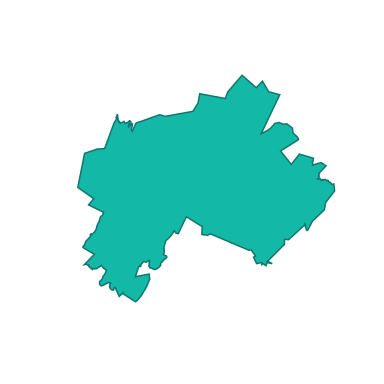 Nazas, Durango, Mexico, rotated 226°
{"feature_id": "50627088B88320866521815", "entity_name": "Nazas", "entity_type": "district", "adm_level": 2, "iso_a3": "MEX", "parent_name": "Mexico", "parent_adm1": "Durango", "projection": "robinson", "projection_center": [-104.102, 25.271], "detail": "fine", "context": "isolated", "style": "filled", "palette": "teal", "viewbox_px": 384, "rotation_deg": 226, "n_neighbors": 0, "source": "geoboundaries", "source_scale": "gbopen_adm2", "svg_char_len": 5641}
<svg xmlns="http://www.w3.org/2000/svg" viewBox="0 0 384 384"><g transform="rotate(226 192 192)"><path d="M299.8,192.4L298.2,189.0L297.0,188.7L295.9,184.1L283.9,159.2L288.6,153.9L294.4,141.6L274.7,113.1L270.6,113.8L255.5,116.7L254.6,108.6L238.8,114.3L238.7,113.8L237.7,111.9L237.4,111.2L237.4,110.8L237.6,110.4L237.7,109.9L237.7,109.2L237.5,108.4L235.3,104.6L235.1,104.0L234.8,102.8L234.6,102.4L234.5,102.0L234.2,101.4L233.7,100.3L233.2,99.3L232.8,98.9L231.9,97.5L231.0,94.6L231.0,93.6L230.9,93.0L231.0,91.9L231.0,91.4L231.1,91.2L231.5,90.9L231.7,90.4L232.1,89.9L232.2,89.7L232.1,89.4L231.6,88.9L231.3,89.1L231.0,89.1L230.9,89.0L230.6,88.7L230.5,87.6L230.5,85.9L230.6,85.4L230.4,85.0L230.4,84.2L230.3,81.3L229.8,80.3L229.7,80.0L229.0,78.9L228.7,77.9L228.3,77.3L228.3,77.0L228.4,76.8L228.7,76.4L227.8,75.0L220.6,76.9L215.0,78.7L214.5,64.1L213.4,65.9L213.0,66.0L211.9,66.1L211.2,66.8L211.1,67.0L210.7,67.0L210.5,66.6L210.5,66.2L210.2,66.1L208.8,66.2L208.4,66.3L208.1,66.5L207.8,66.6L207.6,66.4L207.1,66.4L206.9,66.2L206.7,66.3L206.8,66.6L206.7,66.6L206.4,66.6L206.1,66.5L205.7,66.6L205.4,66.5L205.4,67.2L205.4,67.8L204.8,68.5L204.6,68.5L204.3,68.8L204.1,69.4L204.0,69.5L203.5,69.5L203.1,70.1L202.8,72.7L202.6,73.0L202.4,73.8L202.3,74.1L202.3,75.3L202.1,75.8L201.5,75.6L201.0,75.7L200.3,75.6L199.9,75.5L199.2,75.6L198.6,75.3L197.9,75.8L197.3,75.7L196.8,75.9L196.3,75.9L195.9,76.1L195.6,76.2L195.2,75.9L195.1,75.5L194.4,74.5L194.0,73.7L193.3,71.2L193.1,70.0L193.2,69.8L193.0,69.0L191.9,67.0L191.8,66.8L191.8,66.6L191.7,66.3L191.8,64.8L191.8,63.9L191.6,63.5L191.6,63.1L190.2,61.9L190.0,61.5L189.9,61.4L189.6,61.4L188.6,61.4L188.2,61.3L187.7,61.4L187.3,61.7L187.2,62.0L187.0,62.7L186.9,63.0L186.5,63.6L186.2,64.2L186.0,65.3L185.7,66.2L185.6,66.8L185.1,68.6L184.6,69.2L184.4,69.2L184.3,69.3L184.0,69.4L183.9,69.6L183.3,70.3L183.1,70.3L182.9,70.2L182.8,69.8L182.6,68.8L182.4,68.5L181.9,68.2L181.6,67.8L181.5,67.3L181.5,67.2L181.2,66.9L180.2,66.4L177.9,66.2L177.1,66.4L176.8,66.8L176.2,67.0L176.0,67.3L176.0,67.7L177.1,69.0L177.2,69.4L176.9,70.4L167.4,67.1L167.4,72.1L167.0,71.6L152.3,75.1L152.0,76.7L152.0,78.2L152.8,84.0L155.3,93.3L158.8,101.3L159.9,101.9L162.7,104.2L170.4,92.4L174.9,101.0L175.1,101.4L175.2,102.3L175.4,102.8L175.0,102.8L174.7,103.1L174.3,103.1L174.2,103.3L174.7,103.5L174.7,104.0L174.8,104.4L175.3,105.3L175.3,105.5L175.4,106.2L175.3,107.1L175.7,108.4L175.5,109.0L173.2,110.4L173.0,112.3L172.9,113.4L172.1,113.8L171.9,113.8L171.5,112.7L170.8,112.1L170.4,111.5L169.9,111.2L169.6,110.8L169.3,110.2L169.0,109.9L168.7,109.5L167.5,109.2L166.4,109.1L166.1,109.4L166.0,109.7L165.3,110.3L164.7,110.1L163.9,110.5L163.3,110.6L163.0,110.6L162.5,111.0L162.2,111.5L161.9,111.7L161.8,112.1L161.5,112.3L161.3,113.6L161.0,114.0L160.8,115.9L160.9,116.4L160.8,117.0L160.9,118.0L161.1,118.5L161.4,118.9L161.8,119.1L162.2,119.5L162.5,119.7L162.6,120.1L162.6,120.7L162.3,121.7L162.6,122.9L162.6,123.7L162.6,124.7L162.8,125.1L162.4,127.7L162.4,128.4L162.6,128.6L163.7,129.2L164.1,129.1L165.0,128.5L166.7,127.9L167.9,130.1L169.1,131.4L169.9,131.8L170.4,132.5L171.1,133.0L171.6,133.2L175.1,139.2L175.0,143.7L175.3,147.8L176.5,152.3L173.6,151.9L171.6,153.2L178.1,170.7L161.3,175.0L160.7,175.6L159.6,174.8L154.6,169.6L153.1,170.6L151.7,172.1L149.8,173.2L150.0,173.9L149.2,176.1L110.5,192.5L109.4,194.3L101.8,193.2L102.4,191.0L95.6,188.7L92.8,193.2L91.2,191.8L91.2,192.0L91.1,192.3L90.9,193.0L90.9,193.3L90.8,193.5L90.7,193.6L89.2,193.6L88.9,193.7L88.5,193.9L87.6,194.0L88.2,195.4L89.1,196.9L84.7,200.0L89.1,198.5L89.7,198.1L90.1,222.0L93.7,225.8L90.6,228.3L90.0,250.7L90.4,251.0L90.0,251.0L89.5,250.7L89.1,250.4L88.8,249.9L88.1,249.3L86.8,248.8L85.4,248.1L84.4,248.0L84.2,248.9L87.4,258.6L87.2,274.8L91.6,280.8L93.7,295.3L99.3,299.6L99.7,298.8L99.9,298.6L100.3,297.8L100.4,297.7L100.8,297.9L101.7,298.1L102.7,297.9L103.2,298.1L103.7,297.7L104.1,297.6L104.7,297.6L105.6,298.0L106.2,297.6L106.1,297.4L106.3,297.3L106.2,297.0L106.8,296.6L107.0,296.7L107.4,296.7L107.8,296.7L108.3,296.4L108.7,296.4L109.0,296.0L109.1,295.8L109.5,294.9L110.0,294.9L110.3,294.7L110.4,294.4L110.2,294.1L109.9,294.1L109.8,293.8L109.9,293.6L109.9,293.3L110.5,293.1L111.2,293.3L112.1,293.2L112.5,293.4L112.7,292.9L112.9,292.9L113.1,292.7L113.1,292.4L113.3,291.9L113.5,291.8L114.2,291.5L114.0,292.5L114.2,292.9L114.1,293.0L114.2,293.4L115.2,294.7L115.4,294.7L115.6,294.4L116.4,295.4L116.4,295.5L116.9,296.0L116.9,296.3L117.2,296.5L117.7,306.6L123.4,305.3L124.1,304.2L127.5,297.4L128.1,298.2L128.6,298.7L130.2,299.4L130.1,300.5L131.9,302.8L144.6,295.6L142.9,282.6L160.0,284.2L155.7,305.0L157.9,306.0L164.3,305.7L168.2,308.6L175.1,307.6L177.5,304.8L181.6,302.8L183.7,299.3L183.3,293.2L183.8,289.1L185.9,282.3L201.0,322.7L210.9,316.8L222.8,319.7L222.4,310.6L241.2,309.1L239.2,287.4L236.1,280.9L257.3,265.8L251.8,258.1L249.4,248.7L265.0,225.3L270.1,222.4L277.8,205.2L280.5,199.7L277.2,191.2L278.7,191.6L279.7,192.5L280.2,193.5L280.3,193.9L280.7,194.3L282.2,196.5L283.5,196.2L283.3,194.8L283.0,194.4L282.9,194.0L283.1,192.5L282.9,191.7L283.4,191.7L283.7,192.0L283.8,192.5L283.7,193.0L283.8,193.3L284.2,193.5L284.5,193.9L284.8,194.6L285.1,195.8L285.3,196.9L286.4,196.8L286.6,196.4L286.8,195.8L286.6,195.1L286.7,194.7L286.8,194.7L286.9,193.8L287.1,193.6L287.2,192.6L287.4,192.4L287.4,191.9L287.5,191.8L288.7,191.7L290.1,192.1L290.5,190.0L291.0,189.2L291.2,188.8L291.4,188.4L291.6,188.4L291.7,188.7L291.8,188.7L292.4,188.5L292.4,188.2L292.6,188.3L292.7,188.5L292.8,188.6L293.1,188.6L293.3,188.5L293.5,188.5L294.0,188.7L293.9,188.5L294.1,188.6L294.3,188.6L294.4,188.3L294.5,188.3L294.5,188.6L295.0,188.7L295.0,188.9L299.8,192.4Z" fill="#14b8a6" stroke="#0f766e" stroke-width="1.5"/></g></svg>